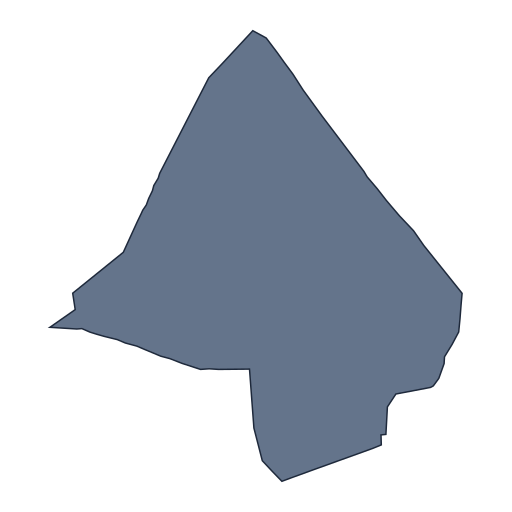 the district of Aleg, Brakna, Mauritania
{"feature_id": "47542326B53604404291210", "entity_name": "Aleg", "entity_type": "district", "adm_level": 2, "iso_a3": "MRT", "parent_name": "Mauritania", "parent_adm1": "Brakna", "projection": "equal_earth", "projection_center": [-13.702, 17.041], "detail": "fine", "context": "isolated", "style": "filled", "palette": "slate", "viewbox_px": 512, "rotation_deg": 0, "n_neighbors": 0, "source": "geoboundaries", "source_scale": "gbopen_adm2", "svg_char_len": 945}
<svg xmlns="http://www.w3.org/2000/svg" viewBox="0 0 512 512"><path d="M462.1,293.3L423.8,245.5L413.5,230.7L399.4,215.8L386.4,200.5L377.3,188.8L367.1,176.8L363.9,171.4L322.0,116.0L303.1,90.0L292.9,74.1L283.8,61.8L277.0,52.3L266.2,38.0L252.8,30.7L222.8,63.0L208.8,77.7L159.7,173.3L158.2,178.2L153.8,185.5L152.4,190.8L151.0,193.7L148.7,198.4L146.3,205.0L142.8,210.1L141.2,213.6L137.3,221.7L123.3,252.3L72.7,293.2L75.2,309.6L49.9,327.3L76.8,329.0L81.9,328.6L89.9,332.1L96.6,334.2L104.3,336.4L117.3,339.6L125.3,343.0L136.8,346.1L144.5,349.4L160.8,356.2L169.8,358.6L182.1,363.4L200.5,369.4L209.2,368.8L218.5,369.4L249.5,369.1L253.9,428.0L262.3,460.7L272.3,471.4L281.9,481.3L291.0,477.9L314.4,469.4L372.7,448.4L381.3,444.9L381.0,434.9L385.9,434.4L387.4,406.9L395.9,394.0L430.6,387.4L433.3,385.9L438.8,378.4L444.1,363.6L444.5,356.8L452.1,344.4L458.7,332.0L460.0,318.8L461.1,304.6L462.1,293.3Z" fill="#64748b" stroke="#1e293b" stroke-width="1.5"/></svg>